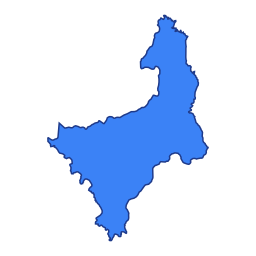 Carrillo, Guanacaste, Costa Rica, rotated 270°
{"feature_id": "36466004B81157491697278", "entity_name": "Carrillo", "entity_type": "district", "adm_level": 2, "iso_a3": "CRI", "parent_name": "Costa Rica", "parent_adm1": "Guanacaste", "projection": "mercator", "projection_center": [-85.608, 10.481], "detail": "fine", "context": "isolated", "style": "filled", "palette": "blue", "viewbox_px": 256, "rotation_deg": 270, "n_neighbors": 0, "source": "geoboundaries", "source_scale": "gbopen_adm2", "svg_char_len": 5833}
<svg xmlns="http://www.w3.org/2000/svg" viewBox="0 0 256 256"><g transform="rotate(270 128 128)"><path d="M228.0,174.4L228.2,173.0L228.6,172.4L228.9,173.3L233.4,174.7L234.5,175.8L235.4,175.7L235.3,174.8L234.3,174.2L234.2,173.6L234.5,173.1L235.6,172.6L235.4,171.6L236.5,171.2L237.7,170.2L237.2,169.0L237.0,167.8L237.4,167.7L238.5,168.4L239.0,166.3L240.1,165.9L240.6,164.9L240.6,164.0L240.3,163.7L239.9,163.8L239.4,164.5L239.1,164.6L237.4,164.1L236.7,163.6L236.7,163.1L238.0,161.0L236.4,160.0L235.8,158.6L234.7,158.1L232.0,158.4L231.0,157.6L230.6,157.8L229.8,159.0L227.9,159.6L226.7,159.6L224.6,159.2L223.4,157.7L222.8,155.8L222.2,155.1L220.3,154.4L218.2,154.7L216.7,153.9L212.2,153.0L210.4,152.3L209.6,151.7L209.0,150.1L207.9,149.2L206.1,148.0L204.9,147.0L202.9,146.7L200.6,145.5L199.1,144.0L197.9,143.1L197.2,141.7L196.7,141.3L195.3,141.2L194.3,140.5L188.7,140.7L187.9,141.0L187.3,141.6L187.8,143.5L188.6,144.4L188.8,146.0L188.6,148.4L187.0,151.5L186.8,153.1L187.2,154.1L189.4,155.3L189.6,155.5L189.6,156.5L189.0,158.0L187.1,159.4L185.6,159.9L182.2,159.8L180.3,158.5L177.1,159.0L173.9,159.0L170.6,158.6L167.7,157.8L165.5,157.9L164.4,158.8L162.3,158.8L161.0,158.5L160.2,157.9L160.0,157.5L160.0,156.2L160.7,154.1L160.7,153.3L156.7,150.9L156.0,149.8L154.6,148.6L152.9,148.1L151.5,147.3L149.2,145.1L148.5,143.6L148.5,141.9L148.3,141.5L147.2,140.1L146.7,138.8L145.0,136.7L144.4,134.5L144.3,131.2L142.3,127.4L140.9,123.9L138.5,120.0L138.7,117.7L138.5,116.2L137.8,114.8L137.8,113.9L139.0,112.3L139.3,111.1L139.3,109.2L138.3,107.4L135.8,106.5L132.5,104.2L132.5,103.4L135.2,99.5L135.2,98.9L134.2,98.4L133.5,97.7L133.2,96.0L132.7,94.5L131.8,93.3L131.5,92.2L129.9,90.3L129.1,88.1L128.8,87.6L127.5,87.0L126.8,86.1L126.8,85.7L127.2,85.1L128.1,84.7L128.8,83.1L128.8,82.1L128.4,81.1L128.5,80.0L129.4,78.4L130.2,75.7L129.7,74.1L128.9,73.3L128.2,72.1L128.3,70.7L128.8,68.9L128.0,65.6L128.0,64.7L132.9,59.2L118.9,58.0L117.8,57.5L117.2,56.5L116.9,55.1L116.0,53.5L115.9,52.2L116.6,50.7L118.2,48.4L118.0,47.9L114.5,48.0L113.7,48.9L111.6,50.6L110.7,50.5L109.4,50.8L109.7,52.7L110.4,53.8L110.2,54.6L109.8,54.7L109.1,54.3L107.9,56.3L105.6,58.0L104.4,58.5L102.9,59.7L102.2,62.7L100.7,64.7L100.0,64.7L99.4,64.2L98.7,64.2L98.4,64.5L97.4,66.6L98.0,67.6L98.4,69.5L96.4,71.6L95.3,72.0L92.5,72.2L91.6,70.0L91.1,69.8L88.6,71.0L86.5,70.9L85.2,70.5L84.6,71.0L82.5,71.5L82.1,72.0L82.3,72.6L82.2,73.1L82.9,73.3L83.4,74.0L83.2,74.7L83.5,75.1L83.6,75.7L84.1,76.4L84.2,77.1L84.0,78.2L82.3,80.5L81.1,81.4L80.6,81.4L79.1,80.8L78.1,81.0L75.2,79.8L73.9,80.3L73.4,80.0L72.4,80.5L72.0,81.2L72.4,81.9L72.4,82.6L73.5,82.9L73.9,83.4L74.8,83.4L75.4,83.7L76.8,85.0L77.0,85.9L76.9,86.9L75.7,89.3L72.7,91.2L71.6,91.8L70.2,91.9L69.3,91.3L69.1,90.7L67.4,89.2L65.8,88.7L64.6,90.4L64.5,91.3L63.6,91.4L63.2,92.2L62.9,92.3L63.0,93.3L62.0,93.5L61.7,94.1L58.6,94.1L58.3,94.7L57.8,95.2L55.7,95.2L55.6,96.0L54.3,95.9L53.9,96.9L52.6,97.6L51.3,99.1L50.1,99.6L48.6,100.7L45.3,102.2L43.1,102.1L40.8,100.4L38.1,96.3L37.2,96.1L36.3,97.0L35.6,97.0L35.2,96.8L34.2,95.7L33.4,95.5L32.1,95.5L31.8,98.2L30.6,98.2L29.9,99.3L29.9,99.7L30.8,100.9L30.8,101.7L29.1,103.3L28.6,104.7L28.1,105.4L26.4,105.4L26.0,105.7L25.8,106.1L26.7,107.3L25.8,108.6L24.0,108.8L22.4,107.9L21.9,107.9L21.0,108.6L19.3,109.0L18.5,109.9L17.9,110.3L16.9,110.3L16.8,109.5L16.4,109.3L15.8,109.3L15.5,109.7L15.4,110.6L15.5,111.4L16.8,112.2L17.8,112.5L19.5,113.7L21.3,114.3L22.0,115.1L21.2,117.8L20.2,118.2L19.5,119.0L19.4,120.3L19.7,120.8L21.1,121.0L21.8,120.8L21.9,121.3L23.8,121.2L24.2,121.7L24.2,123.7L22.8,125.8L22.7,126.2L23.0,126.5L24.4,126.5L25.6,125.7L26.6,125.5L27.1,125.1L27.8,124.8L30.2,124.6L30.6,125.0L31.5,124.6L32.6,125.6L33.9,126.0L34.9,126.8L36.2,128.3L38.0,128.7L42.0,128.6L42.2,128.8L43.1,128.7L46.3,127.2L47.2,126.4L48.2,125.9L50.6,126.2L51.7,126.6L56.0,128.9L57.1,131.2L57.8,134.0L59.3,136.4L61.2,137.9L63.9,139.2L65.0,140.8L69.8,144.2L71.1,145.4L71.8,148.7L74.5,151.5L75.6,151.7L77.7,152.7L78.8,152.9L87.3,152.7L88.6,153.3L90.6,155.3L90.7,156.1L91.9,159.1L93.7,160.0L94.3,160.7L94.0,165.3L94.7,166.4L94.8,168.0L96.9,169.6L98.1,169.7L99.6,169.5L100.5,170.0L102.2,171.9L102.2,172.5L103.1,174.9L102.7,178.1L102.1,178.5L101.2,179.8L98.8,181.0L97.3,181.0L93.8,183.0L93.1,184.0L92.0,187.1L91.7,188.9L92.5,190.0L93.3,190.6L94.1,190.8L94.6,190.5L95.3,190.5L96.1,190.8L97.5,192.9L97.6,194.8L97.0,196.7L97.3,197.3L97.9,200.5L97.9,201.9L98.3,202.7L100.8,203.8L101.6,205.3L102.3,205.9L103.5,206.3L105.1,206.2L107.4,207.3L108.2,208.1L108.7,208.0L109.3,206.8L110.3,206.5L111.6,205.3L112.3,205.2L113.9,203.5L115.4,202.9L118.0,202.9L119.8,202.2L123.5,202.5L124.6,202.1L126.8,200.8L127.6,200.7L128.3,200.1L129.8,199.5L130.7,198.3L132.0,197.5L133.4,196.0L136.2,195.3L138.7,194.4L139.4,194.8L140.2,193.9L142.0,193.1L142.4,192.7L143.1,191.0L143.1,189.4L143.8,188.7L144.3,188.7L145.0,189.9L145.3,190.9L145.7,191.3L146.4,191.3L147.1,190.4L147.9,190.2L148.4,190.5L149.0,191.7L150.3,192.7L151.8,191.2L152.6,191.8L153.0,193.5L154.2,194.0L156.7,193.9L156.8,194.9L157.2,195.2L158.4,195.3L159.7,194.8L163.8,195.1L169.1,197.1L170.9,198.2L173.2,198.4L174.6,197.8L176.1,197.9L176.8,197.0L178.1,196.8L179.0,195.9L180.1,195.7L182.0,193.8L182.8,194.3L184.5,194.5L184.4,193.9L183.2,193.0L183.0,192.4L184.5,191.6L184.9,190.8L185.3,190.7L188.1,190.7L188.8,190.9L188.9,191.1L189.3,191.0L190.3,190.0L190.2,188.1L191.8,187.1L192.1,186.3L192.5,186.1L193.8,186.1L195.3,186.4L196.4,186.0L198.8,185.8L208.2,185.9L209.2,186.1L212.5,185.7L215.6,185.6L217.2,186.6L218.3,186.7L218.7,187.3L219.6,187.7L220.1,186.6L220.3,185.6L222.3,184.7L222.2,183.8L222.4,183.6L223.8,183.3L223.2,182.1L223.3,181.3L224.9,181.1L225.6,180.7L225.5,180.4L224.1,180.3L223.8,180.0L224.7,178.2L226.0,177.4L225.0,176.7L224.6,175.8L224.8,175.2L225.2,175.3L226.2,176.3L226.6,176.3L227.7,176.0L227.4,175.1L227.6,173.5L228.0,174.4Z" fill="#3b82f6" stroke="#1e3a8a" stroke-width="1.5"/></g></svg>